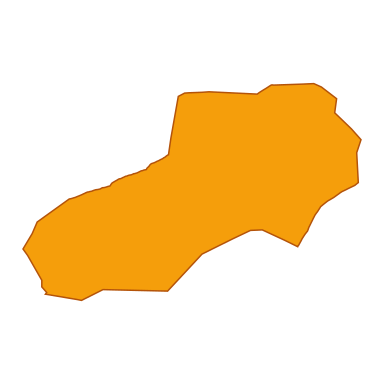 O'rgon, Dornogovi, Mongolia
{"feature_id": "93677404B69643129623236", "entity_name": "O'rgon", "entity_type": "district", "adm_level": 2, "iso_a3": "MNG", "parent_name": "Mongolia", "parent_adm1": "Dornogovi", "projection": "robinson", "projection_center": [110.987, 45.045], "detail": "fine", "context": "isolated", "style": "filled", "palette": "amber", "viewbox_px": 384, "rotation_deg": 0, "n_neighbors": 0, "source": "geoboundaries", "source_scale": "gbopen_adm2", "svg_char_len": 3316}
<svg xmlns="http://www.w3.org/2000/svg" viewBox="0 0 384 384"><path d="M37.2,222.0L32.2,233.6L23.0,249.0L27.6,255.4L41.8,280.3L41.8,286.9L46.7,292.5L45.4,294.2L77.6,299.6L81.5,300.4L103.0,289.6L167.6,291.1L187.7,269.5L202.0,254.1L212.0,249.1L233.2,238.6L250.5,230.4L262.3,229.9L284.7,240.3L297.7,246.7L298.1,245.7L298.3,245.6L298.5,245.5L298.6,245.3L301.1,240.8L302.2,238.6L302.8,237.7L303.3,236.9L303.8,236.1L304.0,235.8L305.4,233.7L306.0,233.0L307.0,231.7L307.5,231.1L308.2,229.3L308.8,227.5L310.1,224.9L313.7,217.6L314.3,216.5L314.8,215.4L315.0,215.1L316.3,213.2L316.9,212.4L317.1,212.2L317.8,211.2L318.4,210.2L319.4,208.7L319.9,207.9L320.7,206.6L322.2,205.4L323.0,204.7L324.5,203.5L325.0,203.1L326.9,201.6L328.3,200.6L329.8,199.8L333.7,197.5L338.0,194.4L339.4,193.4L339.9,193.0L340.0,192.9L342.0,191.6L346.0,189.7L348.1,188.6L353.3,186.1L354.8,185.4L357.0,183.6L358.3,182.6L356.7,152.7L361.0,139.7L351.5,129.0L334.7,112.8L336.6,98.7L321.4,87.0L313.8,83.6L302.8,84.1L273.7,85.1L272.0,84.9L271.6,85.0L271.1,85.1L270.9,85.3L270.6,85.4L270.4,85.6L269.8,85.9L269.5,86.1L269.2,86.3L268.9,86.5L268.5,86.8L267.5,87.4L266.0,88.4L264.3,89.4L261.4,91.2L259.2,92.6L258.4,93.2L257.2,94.1L209.0,91.8L202.0,92.3L188.8,92.8L184.6,93.1L178.3,96.4L170.9,138.1L168.5,154.7L168.3,154.7L168.0,154.9L167.4,155.3L166.8,155.7L166.2,156.1L165.7,156.6L165.3,156.9L164.9,157.2L164.6,157.4L164.2,157.6L163.7,157.8L163.1,158.3L162.5,158.7L161.9,159.0L161.0,159.4L160.0,159.9L159.0,160.5L158.1,160.9L157.3,161.2L156.8,161.4L155.6,162.1L154.0,162.8L152.8,163.2L151.8,163.5L151.3,163.7L151.0,163.9L150.7,164.2L150.2,164.6L149.8,165.1L149.4,165.7L149.0,166.2L148.4,166.9L147.4,167.7L147.2,168.0L146.9,168.4L146.6,168.9L146.5,169.3L146.3,169.5L146.2,169.6L145.7,169.7L145.4,169.8L145.1,169.8L144.3,170.0L143.7,170.1L143.4,170.3L143.1,170.4L142.7,170.6L142.4,170.6L142.1,170.7L141.5,170.8L141.1,170.9L140.7,171.1L139.5,171.7L137.7,172.6L136.8,173.0L136.0,173.2L135.4,173.4L134.7,173.6L134.1,173.7L133.7,173.7L133.4,173.9L132.9,174.1L132.4,174.3L132.0,174.5L131.3,174.8L129.5,175.1L128.8,175.3L128.3,175.4L127.9,175.6L127.4,175.8L127.0,176.0L126.6,176.1L126.2,176.2L125.9,176.2L125.6,176.3L125.3,176.4L124.9,176.6L124.6,176.8L124.2,177.0L123.3,177.4L122.7,177.6L122.2,177.9L121.9,178.1L121.7,178.2L121.4,178.3L121.0,178.5L120.8,178.6L120.3,178.7L119.7,178.8L119.4,178.8L119.2,178.9L118.9,179.0L118.7,179.1L118.3,179.3L117.9,179.6L117.5,179.8L117.1,180.1L116.5,180.4L115.8,180.8L114.9,181.3L113.9,181.9L113.4,182.2L112.7,182.6L112.4,182.8L112.1,183.0L111.7,183.4L111.2,184.1L110.3,185.5L110.2,185.7L109.9,186.0L109.5,186.1L108.9,186.2L108.3,186.4L107.8,186.5L107.4,186.6L107.0,186.8L105.7,187.2L105.0,187.4L104.5,187.5L104.0,187.6L102.9,187.7L102.5,187.7L102.2,187.8L101.8,188.0L101.5,188.2L101.1,188.4L100.5,188.8L100.0,189.0L99.3,189.2L98.8,189.3L98.2,189.4L97.7,189.5L97.2,189.6L96.8,189.6L96.2,189.7L95.6,189.8L94.6,190.1L93.7,190.4L92.9,190.7L92.0,191.1L91.2,191.3L90.8,191.4L90.5,191.4L90.1,191.5L89.6,191.6L88.8,191.9L88.2,192.0L87.3,192.1L87.2,192.1L86.9,192.3L86.5,192.5L86.4,192.6L86.2,192.6L85.9,192.7L85.5,192.9L84.4,193.5L83.6,193.8L81.8,194.7L80.6,195.2L78.7,196.0L77.9,196.3L76.9,196.7L75.5,197.3L75.0,197.5L74.5,197.6L73.2,198.0L71.6,198.5L70.8,198.7L69.2,199.0L37.2,222.0Z" fill="#f59e0b" stroke="#b45309" stroke-width="1.5"/></svg>